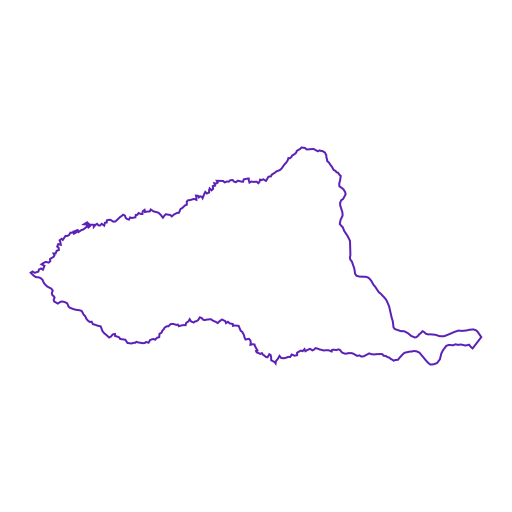 São Félix do Tocantins, Tocantins, Brazil (Natural Earth projection)
{"feature_id": "56859067B86088518377139", "entity_name": "São Félix do Tocantins", "entity_type": "district", "adm_level": 2, "iso_a3": "BRA", "parent_name": "Brazil", "parent_adm1": "Tocantins", "projection": "natural_earth1", "projection_center": [-46.69, -10.044], "detail": "fine", "context": "isolated", "style": "outline", "palette": "violet", "viewbox_px": 512, "rotation_deg": 0, "n_neighbors": 0, "source": "geoboundaries", "source_scale": "gbopen_adm2", "svg_char_len": 6031}
<svg xmlns="http://www.w3.org/2000/svg" viewBox="0 0 512 512"><path d="M73.7,231.7L72.1,232.8L70.5,232.6L69.1,234.9L67.3,236.0L65.5,235.9L62.8,239.9L61.7,238.8L59.6,240.3L60.4,242.3L60.8,244.8L58.2,244.1L57.2,246.6L58.6,247.6L58.9,250.0L56.7,250.8L55.6,253.4L53.5,253.5L54.5,255.3L53.6,256.8L50.0,259.0L50.3,261.1L48.7,262.6L45.8,261.9L43.5,262.9L41.5,264.3L44.5,265.8L42.9,269.7L41.0,268.5L38.9,269.6L38.4,271.6L34.7,272.8L32.5,271.5L30.7,272.7L33.7,275.7L35.9,277.1L38.4,277.3L40.6,278.1L42.5,279.8L43.9,283.0L45.5,284.9L47.2,286.5L51.4,288.7L52.7,290.6L51.8,293.4L52.4,295.2L53.6,296.1L54.6,297.5L53.7,299.7L54.1,301.4L57.8,303.6L60.4,301.8L62.5,301.5L65.0,302.2L67.2,303.3L68.6,306.7L70.1,307.9L75.3,309.7L79.8,310.3L81.7,311.0L83.7,314.7L85.3,316.3L86.3,318.7L87.8,320.5L89.8,322.0L91.6,321.7L92.9,324.2L95.0,324.7L98.0,325.8L100.7,326.4L102.5,331.2L104.4,333.4L106.3,334.9L109.1,337.5L110.8,336.7L112.8,334.4L115.0,334.0L115.1,336.0L117.6,336.7L119.3,337.5L120.2,339.0L125.3,339.7L127.5,343.0L131.6,343.5L133.5,342.8L135.2,342.8L136.4,341.8L138.0,342.4L142.9,343.2L144.7,343.0L146.0,342.0L148.6,342.7L150.0,340.1L151.8,339.4L153.5,339.0L155.1,339.7L157.0,337.8L159.2,337.1L159.5,333.8L161.7,332.5L162.3,330.7L163.6,329.4L164.6,327.7L166.9,326.2L168.4,326.3L170.6,324.1L173.1,323.9L176.4,324.9L177.9,324.6L178.8,326.2L181.5,325.4L183.5,325.1L185.6,325.2L186.1,323.0L188.4,321.4L189.7,319.2L191.0,321.4L193.7,322.5L194.9,321.5L196.5,321.2L198.3,319.9L199.8,317.4L201.5,317.9L203.3,319.8L204.8,320.1L206.8,319.6L210.8,319.2L212.5,320.4L216.4,322.2L217.7,323.1L219.3,321.4L222.0,319.5L225.3,321.2L226.0,323.1L227.9,321.8L229.7,323.4L232.8,324.0L232.9,325.8L234.4,325.5L238.6,325.8L240.7,330.8L242.2,331.8L243.9,335.0L244.5,337.4L245.5,339.5L248.9,338.8L250.3,340.3L250.8,342.7L250.4,344.8L252.8,344.2L254.5,344.5L255.0,346.2L257.4,350.5L256.0,351.0L256.7,352.4L258.3,353.0L260.2,353.9L261.9,353.1L262.8,354.6L264.1,355.4L266.0,357.0L267.5,357.3L268.4,355.9L269.3,354.2L270.6,355.0L271.1,357.1L271.2,360.3L274.6,362.0L275.6,363.4L275.9,361.3L278.1,358.4L279.5,355.9L281.1,357.9L283.6,358.3L286.3,357.7L288.0,356.9L290.2,357.0L291.7,354.5L294.6,355.7L297.1,355.2L297.1,352.7L300.7,350.6L302.6,351.2L304.5,349.1L305.4,351.2L307.2,350.1L310.0,348.8L312.4,350.4L313.9,349.7L315.5,348.1L317.8,348.7L320.0,349.6L321.4,349.8L323.8,350.5L326.0,350.2L328.8,350.3L331.6,351.5L332.1,349.9L334.1,349.7L336.3,350.1L338.3,349.4L339.8,349.8L342.1,352.6L344.8,353.6L346.7,353.7L348.0,353.1L351.7,353.1L353.7,353.9L357.1,355.9L359.5,355.4L361.1,356.5L363.5,356.4L369.2,353.4L371.0,354.1L374.0,354.5L375.8,354.2L381.1,354.0L382.5,354.3L383.5,355.7L385.9,356.0L387.5,357.1L389.3,357.6L390.7,358.9L392.3,359.7L393.7,360.7L395.3,360.0L397.9,359.8L399.9,357.4L401.8,355.3L403.8,353.3L405.2,352.6L409.8,351.6L412.0,351.5L413.5,351.0L416.5,351.3L419.4,352.6L426.5,361.1L428.2,362.9L430.3,364.5L431.7,364.5L434.1,364.2L437.1,363.0L439.9,359.3L441.3,353.6L442.9,350.4L446.3,345.8L449.0,344.9L453.1,345.3L455.5,344.3L458.0,344.9L460.9,344.5L465.3,345.5L467.2,345.2L469.1,344.7L470.7,346.8L472.6,348.4L481.3,337.1L477.7,331.9L476.0,330.3L473.3,329.4L469.1,329.8L467.0,330.4L462.2,330.9L458.3,330.6L453.7,332.2L451.3,333.3L444.5,336.1L442.2,336.3L439.3,336.1L435.6,334.8L430.3,334.3L428.0,334.4L425.8,333.7L424.3,332.2L422.5,331.2L420.7,333.2L419.2,334.3L418.1,335.8L416.3,337.2L414.9,337.5L411.3,336.0L407.8,333.1L404.5,331.4L403.1,331.1L401.1,331.2L396.9,329.8L394.6,328.9L393.5,327.3L392.8,321.4L391.6,317.4L389.1,306.3L386.6,300.5L384.8,298.0L380.8,293.8L378.7,292.1L375.1,286.6L373.5,284.9L371.5,281.2L369.9,279.1L368.2,277.6L365.9,276.8L359.6,276.6L356.5,275.8L355.1,273.8L354.3,268.5L351.8,261.4L350.3,259.6L349.9,257.6L350.4,255.0L350.0,241.0L347.8,236.4L344.0,230.6L343.0,227.6L339.8,224.1L340.5,220.0L342.6,215.6L342.4,212.3L340.2,205.4L340.1,202.9L341.2,200.2L343.1,199.0L345.6,194.4L345.2,192.2L343.5,189.4L341.6,187.8L339.4,186.4L339.2,183.8L340.2,179.9L340.4,177.7L340.8,176.0L339.0,174.3L338.2,172.8L336.6,172.3L335.4,170.8L333.7,170.0L331.8,166.6L330.3,164.7L328.8,162.4L327.2,161.1L327.1,159.4L326.4,157.6L326.3,155.2L324.9,152.5L322.3,151.0L320.9,150.9L319.5,150.4L317.9,151.3L313.4,148.9L308.4,149.4L306.6,149.4L304.8,147.9L301.5,147.5L300.2,148.9L296.8,150.9L296.1,152.8L294.0,154.5L292.3,155.4L291.4,156.9L289.9,158.3L288.4,158.1L287.7,160.3L286.1,162.8L284.7,164.1L281.6,168.5L279.8,170.1L276.4,171.4L274.9,172.7L271.8,174.6L270.9,176.4L268.5,176.7L266.0,180.9L263.3,179.3L261.5,180.1L260.1,179.6L259.4,181.9L258.3,183.2L256.6,181.7L253.9,181.9L251.2,181.6L249.5,182.6L248.8,180.4L248.7,178.5L246.3,178.8L243.7,179.4L243.1,181.7L241.4,181.6L237.8,180.7L235.9,182.2L234.1,181.7L232.6,180.0L230.2,180.3L228.7,181.7L226.9,181.5L224.7,182.4L223.1,181.0L216.8,180.8L217.7,182.6L216.0,183.6L214.3,183.2L215.0,185.7L212.8,186.1L213.1,188.9L211.5,190.3L209.7,188.4L209.1,190.0L209.1,192.5L206.9,193.5L205.3,191.9L204.4,193.7L202.6,198.2L201.8,196.8L200.1,196.3L198.9,197.4L198.0,195.8L196.0,195.6L196.4,197.5L196.4,199.8L195.0,199.2L193.5,199.0L190.1,200.1L188.0,200.3L186.8,201.5L186.8,204.7L185.0,205.4L182.3,208.0L180.6,208.9L178.9,212.8L177.2,212.9L174.1,214.4L171.8,216.4L170.2,214.9L168.2,214.7L165.8,214.2L164.6,215.4L162.9,217.7L160.9,215.1L158.7,212.9L157.3,212.3L153.5,211.4L150.7,209.5L149.8,211.4L147.2,211.6L145.0,212.0L144.6,209.9L142.8,211.2L142.4,214.0L140.6,213.9L138.6,213.0L137.4,214.8L135.8,214.9L135.4,217.3L131.9,218.0L130.1,217.4L129.0,219.6L127.1,219.0L125.7,217.9L124.9,215.6L123.1,214.7L121.9,215.8L120.1,217.0L115.5,221.4L113.4,221.7L110.4,219.8L108.6,219.9L106.9,220.3L106.7,222.5L105.0,222.7L104.2,225.6L101.7,223.8L100.0,225.5L98.5,225.4L97.0,223.8L95.3,225.0L93.8,226.8L93.8,224.8L90.9,224.7L89.8,226.3L88.4,227.5L87.4,225.9L85.9,227.5L84.3,228.7L82.8,229.7L81.3,230.1L78.6,232.0L77.8,230.1L76.3,230.5L73.7,231.7ZM73.7,231.7L76.3,232.3L74.0,233.6L73.7,231.7ZM86.5,224.5L87.4,225.9L89.4,224.5L87.3,222.5L86.5,224.5ZM86.5,224.5L85.7,223.2L84.0,224.3L86.5,224.5Z" fill="none" stroke="#5b21b6" stroke-width="2"/></svg>